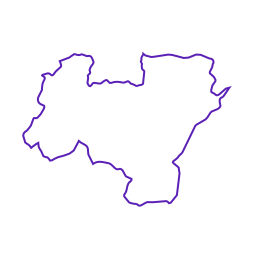 Karlovacka, orthographic projection, rotated 264°
{"feature_id": "HRV-1583", "entity_name": "Karlovacka", "entity_type": "County", "adm_level": 1, "iso_a3": "HRV", "parent_name": "Croatia", "parent_adm1": "", "projection": "orthographic", "projection_center": [15.498, 45.287], "detail": "fine", "context": "isolated", "style": "outline", "palette": "violet", "viewbox_px": 256, "rotation_deg": 264, "n_neighbors": 0, "source": "natural_earth", "source_scale": "10m", "svg_char_len": 3545}
<svg xmlns="http://www.w3.org/2000/svg" viewBox="0 0 256 256"><g transform="rotate(264 128 128)"><path d="M200.1,151.1L198.3,152.9L196.2,158.5L196.1,160.5L196.8,175.7L196.0,179.7L191.8,190.8L191.7,195.6L193.9,203.4L193.2,207.9L188.8,215.9L187.9,218.5L186.3,219.8L185.1,219.9L183.8,219.8L183.0,219.2L182.4,218.9L179.7,218.1L175.4,215.3L174.5,215.1L173.7,215.2L170.4,218.3L169.3,219.0L166.8,220.0L165.4,219.8L161.5,216.4L157.6,214.9L156.0,214.6L154.9,214.8L153.1,217.5L152.5,218.1L152.0,218.5L151.6,219.0L151.3,219.5L151.3,220.4L151.5,221.4L152.2,222.7L156.9,229.4L157.5,233.0L150.4,227.0L149.1,225.6L148.6,224.5L148.3,223.6L147.5,222.7L146.2,222.1L143.9,221.9L141.1,222.2L140.4,222.2L139.6,221.9L138.8,221.2L137.8,219.7L137.2,218.2L135.8,213.5L135.3,212.4L134.4,211.4L130.7,208.5L128.6,206.3L127.8,204.7L124.2,196.6L123.5,195.6L122.9,195.0L98.6,179.9L97.5,179.0L96.6,178.0L95.5,176.4L94.8,175.6L93.2,174.2L92.3,172.9L91.4,171.6L90.8,170.5L89.9,169.3L89.2,169.0L88.1,169.7L83.5,174.2L77.4,174.5L56.1,169.6L49.4,162.9L49.1,162.1L49.0,160.8L49.8,160.3L50.4,159.8L51.0,159.1L51.3,157.9L51.6,144.6L52.3,139.5L51.9,138.1L51.4,136.7L50.6,135.1L49.6,132.5L49.6,131.1L50.0,130.1L50.6,129.7L51.1,129.2L51.3,128.7L51.7,127.8L51.9,126.4L52.9,123.3L53.9,121.3L60.3,117.1L61.0,117.1L62.1,117.3L63.5,118.5L65.7,119.8L70.8,121.5L72.8,122.6L74.0,123.7L74.4,124.7L75.9,126.0L76.6,126.2L77.0,126.2L79.4,122.1L80.0,121.1L80.6,120.6L86.4,118.2L87.7,117.0L88.2,115.8L88.0,113.6L88.1,112.8L88.5,111.9L89.5,110.8L93.0,107.8L94.2,106.6L94.9,105.3L96.5,100.3L97.1,97.9L97.3,96.6L97.4,95.5L97.4,94.2L97.1,92.3L96.4,90.4L95.9,89.5L105.9,85.8L111.8,85.9L113.8,85.3L115.4,83.9L118.6,79.4L120.3,77.8L111.3,71.7L108.7,67.3L107.3,61.7L106.2,55.0L106.1,54.8L105.1,51.9L103.9,49.2L103.7,47.1L105.9,45.9L107.2,44.8L107.8,42.8L108.9,40.9L114.2,39.2L116.4,38.0L118.9,37.2L122.6,37.2L121.6,34.9L118.7,30.0L118.4,29.6L121.0,28.1L124.3,24.3L131.1,23.0L132.8,23.4L133.8,24.0L134.7,24.9L136.0,27.2L138.7,30.0L140.6,31.7L146.7,34.7L147.7,35.4L147.7,36.0L147.5,36.8L147.4,37.6L147.4,38.3L147.8,39.2L150.9,42.6L155.6,46.1L157.5,47.0L158.9,46.9L160.6,44.0L161.2,43.2L162.1,42.3L163.4,41.6L165.5,41.3L166.9,41.6L168.0,42.0L174.7,46.3L179.4,47.2L181.2,47.8L182.9,48.6L185.0,50.0L186.1,50.4L187.0,50.4L187.4,50.1L189.2,48.1L189.5,48.3L189.8,48.7L190.7,53.6L190.6,54.9L189.9,56.0L188.9,57.0L188.3,58.0L188.7,59.2L191.3,61.6L192.3,62.7L195.7,67.4L196.5,67.9L197.4,68.0L199.3,67.8L201.6,67.1L204.3,77.2L205.2,78.6L206.1,80.4L207.0,81.9L206.9,83.1L206.3,84.5L205.9,85.6L205.6,87.4L206.1,89.5L205.7,90.8L203.8,94.5L203.8,97.0L203.2,98.3L202.0,99.2L198.4,100.4L197.0,100.6L195.8,100.1L194.9,99.4L193.4,98.0L191.8,96.8L190.2,96.0L189.0,95.9L187.1,96.2L186.3,95.9L185.1,94.2L184.3,93.5L181.9,93.6L177.1,92.4L174.7,93.2L173.7,94.1L173.6,95.0L174.3,95.9L176.0,97.5L176.4,98.3L176.4,99.4L175.3,103.6L175.1,104.9L175.3,105.8L175.7,106.7L176.8,108.3L177.4,109.5L177.9,110.9L177.9,111.6L177.7,112.1L174.9,114.4L174.6,115.6L174.7,116.8L175.0,118.0L175.2,119.5L175.1,121.0L175.0,122.6L174.7,124.1L173.8,127.2L173.6,128.4L173.7,129.7L174.0,130.8L174.3,131.7L174.5,132.8L174.2,133.5L171.8,135.5L171.1,137.3L169.9,139.3L169.1,140.2L168.9,141.1L169.1,142.3L169.4,143.8L169.5,145.8L170.0,147.0L170.6,147.6L182.4,150.1L182.9,150.0L183.4,149.8L184.4,148.8L184.9,148.4L185.6,148.2L188.1,148.1L189.3,148.3L190.0,148.6L190.6,148.6L192.3,147.8L192.7,147.7L193.1,147.8L193.6,148.2L194.0,148.4L194.7,148.5L195.5,148.5L196.2,148.6L196.9,148.9L200.0,151.1L200.1,151.1Z" fill="none" stroke="#5b21b6" stroke-width="2"/></g></svg>